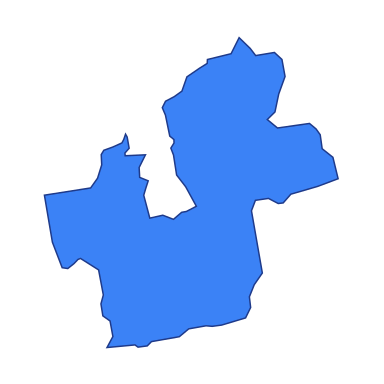 Mirriah, Zinder, Niger, rotated 350°
{"feature_id": "23599985B93207740600063", "entity_name": "Mirriah", "entity_type": "district", "adm_level": 2, "iso_a3": "NER", "parent_name": "Niger", "parent_adm1": "Zinder", "projection": "robinson", "projection_center": [9.068, 13.638], "detail": "fine", "context": "isolated", "style": "filled", "palette": "blue", "viewbox_px": 384, "rotation_deg": 350, "n_neighbors": 0, "source": "geoboundaries", "source_scale": "gbopen_adm2", "svg_char_len": 1269}
<svg xmlns="http://www.w3.org/2000/svg" viewBox="0 0 384 384"><g transform="rotate(350 192 192)"><path d="M81.3,330.4L109.3,332.7L111.9,335.4L121.2,335.8L126.1,332.3L154.4,332.3L165.0,326.2L182.6,326.2L188.6,327.8L198.1,328.2L222.9,325.3L229.7,315.9L230.3,305.2L237.2,294.1L247.2,284.0L247.3,220.8L253.0,211.2L266.2,211.6L274.9,218.3L279.9,218.6L289.0,211.3L316.7,208.3L338.2,204.3L336.8,182.3L327.7,172.0L328.2,157.9L325.1,151.4L319.6,144.9L287.3,143.8L278.7,133.7L287.6,127.6L294.4,110.6L303.7,94.4L303.6,77.1L297.4,68.9L278.4,68.7L274.3,60.8L265.2,48.2L254.5,62.6L230.2,64.2L229.3,68.0L220.9,71.4L207.0,77.7L199.6,90.9L191.1,95.0L181.7,98.0L177.4,103.8L179.2,111.7L179.8,133.1L183.3,137.2L182.8,140.6L178.8,145.1L180.2,152.4L179.8,172.6L186.7,185.8L193.8,206.8L183.1,210.2L178.3,210.2L169.0,215.7L159.2,209.8L145.9,210.4L143.9,186.8L147.3,180.0L150.8,173.4L143.0,168.5L144.2,158.7L152.6,147.3L132.5,144.7L132.7,142.0L137.7,138.0L137.7,126.6L136.6,123.5L133.9,128.4L131.5,131.5L121.6,134.0L112.4,135.6L109.1,139.4L107.8,149.6L101.4,162.0L92.9,170.4L46.1,169.5L45.8,217.2L51.0,244.0L56.4,245.8L63.4,242.0L68.0,238.6L70.7,238.1L86.5,252.5L86.8,278.0L82.9,286.4L82.7,298.5L88.9,304.8L89.0,320.6L81.3,330.4Z" fill="#3b82f6" stroke="#1e3a8a" stroke-width="1.5"/></g></svg>